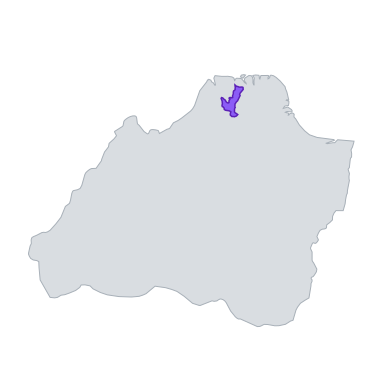 Abia on a map of Nigeria (Albers equal-area conic projection), rotated 187°
{"feature_id": "NGA-2841", "entity_name": "Abia", "entity_type": "State", "adm_level": 1, "iso_a3": "NGA", "parent_name": "Nigeria", "parent_adm1": "", "projection": "albers", "projection_center": [7.526, 5.42], "detail": "fine", "context": "in_parent", "style": "filled", "palette": "violet", "viewbox_px": 384, "rotation_deg": 187, "n_neighbors": 0, "source": "natural_earth", "source_scale": "10m", "svg_char_len": 4641}
<svg xmlns="http://www.w3.org/2000/svg" viewBox="0 0 384 384"><g transform="rotate(187 192 192)"><path d="M320.0,70.1L332.0,86.2L334.6,98.3L335.6,104.3L337.6,105.0L341.3,105.2L344.0,106.4L345.6,108.4L346.6,110.2L346.8,111.3L346.1,118.6L345.2,121.3L345.8,124.8L345.6,126.4L345.2,127.4L343.6,128.6L341.4,129.8L336.1,133.4L334.5,133.9L332.3,134.0L330.4,134.9L328.1,136.8L323.2,143.8L319.0,150.9L315.9,162.3L312.2,165.8L311.6,169.0L311.1,176.1L310.5,178.2L309.9,178.9L305.9,180.3L303.5,181.9L302.2,185.1L300.5,196.1L299.9,197.9L298.5,199.8L296.5,201.8L294.7,203.0L290.1,203.8L285.7,212.0L285.6,213.5L283.7,221.0L280.4,226.6L280.2,230.2L275.9,235.2L273.8,238.6L276.1,242.1L276.2,242.7L268.9,248.7L268.5,249.6L268.2,253.8L267.7,254.9L266.3,256.4L264.4,258.1L262.3,259.4L260.1,260.3L257.9,260.6L256.7,260.1L256.0,258.9L254.7,253.8L254.1,252.7L252.6,251.8L247.0,246.2L243.5,244.3L242.8,244.4L242.2,245.0L241.3,247.8L240.3,248.8L238.5,249.2L235.4,249.2L233.1,248.9L232.6,248.3L231.5,246.1L224.5,251.2L222.0,252.3L218.9,258.4L214.5,261.3L211.4,264.0L203.3,272.1L201.6,274.5L200.0,278.1L196.6,293.5L190.9,303.0L190.2,305.1L189.8,305.0L189.1,305.9L186.9,305.3L185.9,303.6L184.6,303.3L182.2,300.7L181.7,301.1L184.2,307.7L183.3,310.3L176.4,310.4L170.4,311.2L166.3,311.1L164.3,310.2L163.3,307.7L163.0,308.0L162.8,309.3L161.5,310.4L156.9,310.6L154.9,308.9L153.2,307.0L151.4,306.1L151.7,306.9L153.7,308.8L153.5,311.4L149.8,314.5L147.4,314.7L146.0,313.3L145.2,311.2L144.9,308.0L143.9,305.9L143.4,305.9L144.0,309.4L144.0,312.6L145.8,315.1L143.1,315.9L139.8,316.0L139.4,315.1L139.0,313.0L138.4,312.4L137.8,316.0L131.1,316.9L130.2,316.8L129.9,316.1L130.5,315.1L130.3,313.6L128.9,314.8L128.6,317.2L127.8,317.6L125.2,317.3L122.5,316.0L118.0,312.9L112.5,307.9L111.6,305.6L110.0,302.8L107.2,295.2L107.7,294.8L109.0,295.3L109.6,294.5L107.3,294.0L106.8,293.5L106.7,291.8L106.8,289.7L110.3,288.6L111.1,287.4L111.6,286.1L107.3,288.0L103.3,285.9L102.4,284.6L102.8,283.6L107.5,283.5L109.1,282.5L108.1,282.2L106.4,282.2L105.7,281.6L105.8,280.0L105.2,280.3L104.4,281.7L101.7,282.7L100.1,281.7L100.0,279.4L99.6,278.4L98.3,277.6L93.6,271.6L87.7,266.5L82.4,263.1L74.5,261.4L57.8,261.3L56.9,260.8L57.9,260.1L59.3,259.5L64.7,256.8L63.8,256.4L58.2,258.1L56.3,258.3L53.8,261.6L37.4,262.2L37.5,260.7L38.2,256.3L39.3,253.2L38.2,249.5L37.9,246.2L38.6,245.1L38.9,243.9L38.8,235.3L39.7,234.0L39.7,233.2L38.0,229.5L38.1,226.7L37.7,224.0L37.2,222.7L37.9,212.3L37.7,209.7L38.3,207.8L38.6,203.3L38.6,198.9L39.7,191.9L46.8,191.1L48.5,188.3L49.5,184.9L49.2,181.4L51.5,178.5L54.3,175.8L54.2,172.9L54.9,172.0L56.3,171.4L58.1,171.0L60.2,169.6L61.4,167.0L62.6,163.0L60.8,160.1L60.8,159.5L61.5,158.0L62.6,156.5L63.5,156.0L65.5,156.4L66.2,155.8L67.5,151.3L67.4,150.1L65.5,147.1L64.5,139.0L64.0,137.9L62.6,136.4L58.7,130.7L58.8,128.0L60.4,124.5L61.5,122.8L63.0,121.9L63.3,121.1L62.9,120.1L62.1,119.4L62.0,117.8L62.7,115.7L62.5,113.3L63.0,101.1L66.2,98.7L70.8,94.8L73.2,90.6L74.4,87.5L76.1,77.0L78.5,75.9L83.1,72.1L89.4,69.9L93.5,69.3L100.7,69.7L104.3,69.4L107.4,67.3L108.8,66.7L110.8,66.4L128.6,71.9L130.2,71.6L131.6,72.0L133.8,73.4L139.1,78.5L144.6,86.4L146.3,88.0L148.0,88.9L149.8,89.3L151.1,89.2L152.4,88.4L154.1,86.9L156.7,86.2L158.9,86.4L170.0,80.4L171.1,80.3L177.9,81.6L187.2,87.6L194.8,91.5L200.2,92.8L206.5,93.8L217.2,94.0L225.2,85.5L228.2,83.7L231.8,82.0L239.3,80.4L251.8,79.3L263.5,79.6L270.7,81.1L278.4,83.8L281.7,86.4L286.9,86.8L290.7,86.2L291.8,83.6L295.5,80.1L301.1,76.9L305.7,74.6L309.4,73.6L312.7,71.0L315.4,70.2L320.0,70.1ZM157.3,314.0L154.8,314.8L153.1,314.6L155.4,311.1L156.5,311.8L158.0,312.1L157.3,314.0Z" fill="#d9dde1" stroke="#a8b0b8" stroke-width="1"/><path d="M172.4,280.5L172.8,281.7L172.6,283.2L173.2,286.0L174.5,288.4L174.2,289.3L172.9,289.1L171.6,288.0L170.1,287.2L169.2,285.8L167.9,284.9L166.9,284.8L166.2,285.3L166.4,287.1L165.7,288.5L165.7,288.9L166.3,289.0L166.6,289.5L166.5,290.0L165.7,290.5L164.4,290.3L163.2,290.7L163.1,291.2L163.4,291.7L163.5,292.2L163.1,293.8L163.0,295.0L163.2,296.2L163.0,297.4L162.1,298.2L161.6,299.2L161.9,300.4L161.8,300.9L161.7,301.3L162.2,302.4L162.4,303.5L160.7,302.3L159.3,302.3L158.3,301.9L157.3,301.9L155.1,302.3L154.1,302.0L153.7,300.0L156.4,295.8L156.6,294.5L156.0,293.6L157.9,288.0L158.9,286.9L159.2,286.3L159.5,285.6L159.9,285.0L160.0,284.4L160.0,283.7L159.9,283.0L159.9,282.3L159.7,281.6L159.4,281.1L159.7,280.7L159.9,279.5L159.6,276.6L158.6,275.7L157.9,275.5L156.6,274.8L156.0,274.4L157.2,272.8L159.0,271.9L159.1,272.0L160.4,271.9L161.7,271.8L163.4,273.1L163.5,274.7L163.2,276.3L164.8,277.1L168.6,277.2L170.0,277.8L170.2,278.7L170.6,279.5L171.4,280.2L172.4,280.5Z" fill="#8b5cf6" stroke="#5b21b6" stroke-width="1.5"/></g></svg>